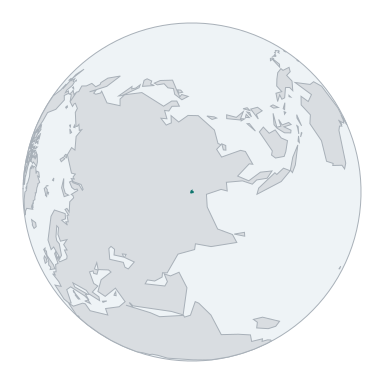 the Earth from above Lhuntshi, rotated 283°
{"feature_id": "BTN-2483", "entity_name": "Lhuntshi", "entity_type": "District", "adm_level": 1, "iso_a3": "BTN", "parent_name": "Bhutan", "parent_adm1": "", "projection": "orthographic", "projection_center": [91.057, 27.736], "detail": "fine", "context": "on_globe", "style": "filled", "palette": "teal", "viewbox_px": 384, "rotation_deg": 283, "n_neighbors": 0, "source": "natural_earth", "source_scale": "10m", "svg_char_len": 11111}
<svg xmlns="http://www.w3.org/2000/svg" viewBox="0 0 384 384"><g transform="rotate(283 192 192)"><circle cx="192" cy="192" r="169" fill="#eef3f6" stroke="#a8b0b8"/><path d="M256.9,36.0L255.2,35.7L261.8,41.2L269.0,45.2L263.5,42.9L280.5,52.6L287.4,59.2L276.5,50.5L272.9,48.8L276.0,52.3L273.1,51.4L272.8,52.7L269.0,51.5L263.0,47.0L260.4,46.3L262.7,48.9L260.4,49.6L257.3,45.8L252.9,46.9L241.9,40.7L236.9,33.4L227.7,30.7L214.2,25.5L212.3,25.7L205.9,24.5L201.4,24.4L200.2,23.9L197.6,24.3L199.5,24.8L199.1,25.3L196.6,25.4L194.6,24.7L195.5,24.5L193.7,24.4L193.7,24.0L192.3,24.3L190.2,23.7L188.5,24.6L183.7,24.4L183.4,23.9L188.3,23.6L197.0,23.1L209.3,23.9L221.5,25.6L233.5,28.2L245.3,31.7L256.9,36.0ZM176.8,23.7L177.2,23.7L171.6,24.3L164.9,25.2L164.7,25.3L176.8,23.7ZM157.8,26.5L157.5,26.6L156.7,26.8L157.8,26.5ZM261.7,38.1L260.7,37.7L261.7,38.1ZM274.8,48.5L272.8,46.7L275.8,48.9L274.8,48.5ZM273.5,53.2L275.0,54.1L274.3,54.4L273.5,53.2ZM180.1,23.5L178.7,23.6L178.9,23.6L180.1,23.5ZM182.5,23.3L183.9,23.2L185.3,23.2L184.4,23.2L182.5,23.3ZM267.7,52.9L266.1,53.5L266.7,52.1L267.7,52.9ZM180.5,23.5L187.4,23.1L189.7,23.1L188.3,23.4L180.5,23.5ZM264.4,53.3L260.4,55.1L263.4,57.1L252.6,52.9L259.6,52.5L259.9,50.4L261.8,52.3L264.4,53.3ZM201.3,25.0L199.0,24.4L203.2,24.8L201.3,25.0ZM204.0,25.2L217.5,26.6L219.5,27.8L214.6,26.9L219.1,28.7L213.5,28.5L209.7,27.5L209.5,26.7L207.5,27.3L204.0,25.2ZM247.3,50.6L245.4,50.5L246.2,49.8L247.3,50.6ZM199.2,25.5L201.7,25.6L203.7,26.5L198.9,26.7L199.8,26.3L199.2,25.5ZM223.0,29.4L223.6,30.3L219.2,30.4L218.9,30.8L213.5,28.6L223.0,29.4ZM198.1,26.1L196.5,26.8L193.3,26.5L196.8,25.6L198.1,26.1ZM206.2,26.8L206.9,27.4L204.9,27.1L206.2,26.8ZM181.0,26.5L184.0,26.2L185.3,26.6L181.0,26.5ZM196.1,27.0L197.2,27.1L198.0,27.3L196.3,27.7L196.1,27.0ZM210.8,28.9L208.8,28.9L212.7,29.8L209.6,30.1L206.6,28.7L206.6,29.5L205.6,29.6L204.2,28.4L210.8,28.9ZM197.1,28.9L192.2,27.6L186.3,27.9L185.0,27.4L194.7,27.1L197.1,28.9ZM201.4,28.6L198.4,28.6L198.3,27.9L200.3,27.5L201.4,28.6ZM208.6,31.0L214.2,30.8L214.6,31.2L208.6,31.0ZM195.4,29.0L196.6,29.4L195.0,29.1L195.4,29.0ZM204.5,30.4L206.5,30.3L206.9,30.7L204.5,30.4ZM197.5,30.3L195.9,29.8L197.2,29.4L197.5,30.3ZM200.7,30.5L200.9,31.1L198.6,29.6L201.5,30.3L200.7,30.5ZM204.7,30.8L205.6,31.0L203.8,30.9L204.7,30.8ZM193.6,32.3L190.3,30.5L193.1,29.6L195.9,31.3L193.6,32.3ZM45.5,107.8L55.9,96.8L54.1,102.2L59.1,110.5L59.0,113.2L53.4,119.4L53.2,137.6L59.0,134.0L63.8,146.8L70.1,151.5L81.1,139.0L70.8,130.9L73.9,122.7L86.1,123.2L95.8,131.1L97.3,128.2L95.3,118.0L101.7,115.1L95.1,114.2L94.7,118.1L90.5,117.9L90.6,114.5L92.9,113.4L91.1,110.1L80.8,116.8L79.2,121.4L72.1,117.4L68.9,124.9L65.4,126.4L69.6,114.3L72.4,111.1L76.7,96.4L73.1,99.2L68.8,113.5L68.3,111.3L63.4,116.0L66.7,110.7L72.3,95.1L68.7,91.9L56.7,99.2L56.1,97.1L58.9,91.4L70.5,79.5L70.6,85.7L74.8,82.3L81.0,74.6L80.5,77.3L83.0,75.2L83.7,77.5L90.7,75.4L92.3,77.5L101.0,72.0L103.0,72.5L97.3,75.5L94.2,78.9L98.8,85.0L101.5,84.7L106.8,80.8L107.4,83.3L111.9,78.8L117.5,80.9L114.5,74.9L120.6,70.9L127.2,70.0L128.7,67.8L117.9,69.5L114.1,71.2L111.7,74.3L100.9,79.1L98.0,78.2L107.3,69.6L104.2,67.7L112.8,62.5L136.6,60.1L143.5,62.0L142.4,73.3L137.4,74.8L135.2,71.3L131.7,78.1L134.6,75.8L135.1,78.1L141.1,75.5L141.8,77.0L146.4,72.2L147.9,73.8L144.9,76.8L155.0,75.1L159.7,78.0L161.7,76.9L162.5,74.9L167.8,80.3L169.0,79.4L167.8,77.2L169.3,73.9L174.2,70.4L175.8,72.4L174.3,73.9L173.4,80.6L169.0,84.8L170.2,85.3L174.4,82.2L175.4,74.0L177.9,71.4L178.2,75.0L178.3,73.5L180.0,72.8L183.2,74.3L183.3,70.3L200.3,62.2L208.2,64.7L206.5,68.5L220.0,66.6L227.9,70.5L226.7,68.3L232.4,66.6L230.0,65.3L229.8,64.2L243.3,60.4L247.7,61.5L252.2,58.4L251.5,57.4L248.5,56.3L252.6,52.9L263.4,57.1L264.3,59.0L270.5,60.8L271.6,65.2L275.3,70.0L272.9,74.5L276.1,78.3L278.1,78.6L284.0,84.4L288.9,96.1L275.8,85.2L266.6,69.6L269.6,75.6L266.2,74.0L265.6,76.2L267.9,80.7L269.9,81.3L259.7,89.1L259.9,102.5L266.4,101.0L271.6,104.5L277.6,120.8L269.2,145.0L276.1,151.8L277.2,156.7L272.8,160.4L271.0,153.2L265.7,151.2L265.3,146.9L257.7,151.1L256.9,145.1L251.4,151.8L254.7,156.3L261.7,154.4L257.2,163.3L265.7,170.9L267.8,180.9L257.4,199.9L245.1,206.4L244.6,209.6L239.1,206.4L232.7,213.0L243.5,229.9L243.5,234.9L232.7,245.0L232.3,241.4L217.8,232.9L215.7,244.8L226.7,254.2L230.5,265.2L222.3,262.1L218.3,252.3L213.2,249.0L214.2,238.7L209.2,223.3L200.9,226.1L201.1,219.8L193.0,206.6L180.8,210.2L161.7,225.3L159.7,241.0L152.9,247.0L143.1,222.9L142.3,207.0L136.5,207.5L128.3,192.3L107.6,186.0L106.7,181.4L102.4,182.0L96.9,175.7L96.3,168.3L92.0,167.0L94.3,186.7L99.1,188.2L105.9,183.4L105.4,189.9L110.9,197.4L97.6,208.6L70.3,211.0L71.0,198.8L67.8,160.0L69.8,156.9L69.9,156.5L70.1,155.7L66.3,160.4L66.9,153.1L65.0,178.6L63.2,188.5L69.9,211.6L68.4,212.8L71.6,218.2L85.9,219.8L85.2,223.6L76.4,238.1L59.6,252.6L63.8,269.0L65.9,281.1L59.8,283.7L64.8,293.7L62.2,293.9L65.0,299.0L65.5,302.0L64.7,302.8L61.3,299.0L53.0,288.1L45.7,276.5L39.3,264.3L32.9,248.7L30.7,239.9L28.7,230.7L24.6,205.5L25.2,195.9L25.0,189.7L24.1,187.5L24.3,180.1L24.1,177.9L24.0,173.8L26.1,160.0L29.3,146.4L33.7,133.1L39.1,120.2L45.5,107.8ZM46.1,108.2L44.5,110.8L46.1,108.2ZM102.7,147.2L110.8,151.5L113.1,140.9L116.4,141.8L116.0,138.1L113.2,140.1L113.1,130.2L118.8,129.4L120.8,125.3L118.2,123.7L107.9,127.0L108.0,140.9L103.6,143.6L102.7,147.2ZM96.5,62.6L94.7,64.8L91.5,66.5L89.5,65.1L94.2,62.6L96.5,62.6ZM92.9,67.8L102.7,60.4L104.3,61.4L101.7,62.0L101.8,63.4L97.7,64.9L89.7,73.5L86.3,75.6L84.5,71.2L87.0,71.3L88.6,68.8L92.9,67.8ZM124.7,43.9L129.0,41.9L127.0,46.5L123.2,48.0L121.0,46.3L124.1,43.7L124.7,43.9ZM176.6,24.6L178.4,24.3L178.9,24.4L177.9,24.7L176.6,24.6ZM182.3,26.3L169.5,26.3L170.9,25.9L161.8,27.0L161.8,26.4L167.7,25.5L160.9,26.2L166.2,25.2L161.2,25.9L174.4,24.2L178.9,23.7L173.9,24.4L173.7,24.9L175.0,25.0L182.1,25.0L191.7,24.7L193.1,25.6L191.6,26.3L189.4,26.5L189.2,25.8L186.5,26.6L184.6,25.8L182.3,26.3ZM172.2,39.9L172.8,38.0L167.1,41.4L165.1,39.8L164.6,40.3L161.2,39.9L156.1,40.4L156.0,39.5L154.1,40.1L151.8,40.0L149.1,40.6L147.9,39.3L144.5,40.1L145.8,39.1L140.4,40.8L143.9,39.0L141.3,39.0L139.3,40.7L138.9,34.6L136.1,34.1L131.9,34.9L138.4,32.3L146.5,30.2L154.5,29.2L156.2,30.3L158.9,29.2L160.5,29.5L157.7,30.2L163.0,29.3L163.6,29.8L170.6,30.2L177.8,29.1L180.6,29.4L178.1,30.2L182.6,30.0L179.7,31.7L181.6,32.1L180.8,34.3L174.8,35.9L177.4,36.2L176.9,38.2L172.2,39.9ZM193.1,32.9L186.5,34.6L182.1,34.7L185.5,30.8L184.1,30.2L186.1,28.2L192.4,28.2L191.2,28.7L191.6,29.3L189.5,29.0L191.4,29.7L189.9,30.5L191.0,31.3L188.5,31.6L193.1,32.9ZM61.8,112.0L62.2,113.5L63.5,114.9L60.4,118.1L61.8,112.0ZM65.4,101.3L66.2,101.9L62.5,106.7L62.1,105.4L65.4,101.3ZM69.8,98.3L66.5,101.5L68.0,99.0L69.8,98.3ZM98.4,75.9L99.6,76.5L98.5,77.5L96.4,78.5L98.4,75.9ZM154.9,51.4L156.0,49.8L157.1,49.8L162.1,47.2L163.9,48.4L161.7,50.5L154.9,51.4ZM77.6,140.1L73.9,141.4L73.8,139.3L75.0,139.3L77.6,140.1ZM65.4,129.3L66.7,133.5L64.5,130.1L65.4,129.3ZM157.8,52.3L159.6,51.0L159.4,52.4L157.8,52.3ZM165.6,49.3L165.9,50.7L164.7,48.3L165.6,49.3ZM149.9,352.4L153.2,353.6L150.6,353.2L149.9,352.4ZM85.9,288.9L85.7,306.4L80.0,303.8L76.0,297.1L74.1,285.6L79.8,285.0L81.7,280.5L85.9,288.9ZM270.0,285.4L274.5,285.2L274.3,285.8L270.0,285.4ZM265.3,283.9L270.6,283.2L264.3,285.5L265.3,283.9ZM272.6,283.0L277.9,280.7L280.3,279.2L279.8,280.6L272.6,283.0ZM261.7,284.5L241.6,286.6L233.5,285.5L235.5,282.9L248.6,282.4L261.7,284.5ZM234.8,282.9L222.3,276.6L204.4,255.8L210.8,256.1L229.4,268.4L228.2,270.7L235.8,275.8L234.8,282.9ZM264.7,266.8L263.5,273.5L252.5,274.3L247.4,273.8L243.9,265.7L245.9,261.2L250.1,261.0L265.7,244.1L271.3,246.9L266.6,254.0L271.2,259.1L264.7,266.8ZM160.5,242.6L164.5,252.2L160.8,253.3L160.5,242.6ZM271.6,232.5L265.6,240.1L270.9,230.3L271.6,232.5ZM274.5,223.4L275.1,226.8L272.3,223.9L274.5,223.4ZM244.9,214.4L240.4,215.6L240.1,213.1L245.6,210.2L244.9,214.4ZM269.4,189.4L270.2,196.8L269.6,199.4L267.2,195.2L269.4,189.4ZM176.4,64.0L167.4,65.9L162.2,68.8L161.2,72.5L158.7,68.5L166.8,64.0L176.4,64.0ZM197.2,62.0L198.0,59.3L200.2,60.3L200.3,61.0L197.2,62.0ZM195.8,60.6L192.1,57.8L194.2,56.1L196.8,58.6L195.8,60.6ZM174.6,54.2L171.8,54.6L172.1,53.4L174.6,54.2ZM292.3,327.7L295.2,324.8L299.4,322.0L295.1,325.7L292.3,327.7ZM285.1,321.3L254.7,335.3L248.8,335.5L251.8,332.1L249.5,323.2L251.6,323.1L252.2,316.2L271.1,306.6L285.1,291.5L293.8,290.0L301.4,278.8L309.8,276.7L306.3,284.9L313.8,286.5L321.9,267.8L323.4,282.9L326.8,285.7L324.2,294.5L306.9,315.1L299.8,321.0L299.8,320.4L296.5,323.0L293.3,324.3L294.2,320.6L290.9,323.1L295.3,318.5L289.9,323.2L289.4,320.9L285.1,321.3ZM343.7,265.0L344.1,264.6L343.9,265.9L343.2,266.9L343.7,265.0ZM349.8,251.0L349.7,251.6L349.4,252.4L349.8,251.0ZM349.7,251.0L350.4,248.9L349.9,250.6L349.7,251.0ZM348.6,245.7L349.1,244.3L349.2,244.8L348.6,245.7ZM281.1,283.9L287.6,277.7L290.9,276.6L281.1,283.9ZM348.2,244.4L347.1,245.4L347.3,244.3L348.2,244.4ZM348.6,242.1L348.6,240.9L348.9,243.3L348.6,242.1ZM346.6,241.1L347.8,242.2L346.4,241.6L346.6,241.1ZM345.7,242.2L344.6,242.1L344.7,241.6L345.7,242.2ZM331.0,253.3L335.3,258.5L331.3,260.6L326.9,258.0L322.6,264.5L313.4,267.4L315.8,263.6L314.8,259.6L304.6,261.1L302.6,258.7L306.4,255.6L299.4,255.1L307.1,251.6L310.0,256.9L314.3,250.7L321.2,249.3L327.6,248.7L332.2,250.9L331.0,253.3ZM306.7,265.1L308.0,264.7L306.7,266.9L306.7,265.1ZM342.5,240.4L344.1,242.1L343.8,243.0L343.0,243.1L342.5,240.4ZM333.4,249.3L338.6,241.5L339.8,240.9L336.2,248.5L333.4,249.3ZM337.6,238.9L339.8,238.3L340.8,240.4L340.3,241.5L337.6,238.9ZM291.0,263.7L290.7,265.5L288.6,264.7L291.0,263.7ZM293.7,262.1L299.9,262.4L293.1,263.7L293.7,262.1ZM274.2,260.1L276.1,263.8L282.2,260.1L277.6,264.7L281.5,270.6L280.0,273.4L276.2,266.9L274.5,274.6L271.8,274.9L270.5,268.8L273.3,260.5L276.0,256.8L286.9,253.3L274.2,260.1ZM293.8,257.1L292.1,252.7L293.3,249.2L295.1,251.3L293.8,257.1ZM286.9,242.1L282.1,237.3L278.0,240.2L286.0,230.6L289.3,236.8L286.9,242.1ZM282.4,230.3L278.6,233.0L282.3,227.5L282.4,230.3ZM277.4,231.2L276.7,227.3L279.9,227.3L277.4,231.2ZM284.4,230.1L284.6,223.0L286.5,226.8L284.4,230.1ZM274.7,218.4L281.9,223.9L273.0,222.6L271.3,209.3L275.0,208.4L274.7,218.4ZM287.1,160.4L285.4,156.8L288.4,155.2L288.7,158.1L287.1,160.4ZM296.6,147.9L288.7,153.6L282.0,158.7L284.7,160.0L284.3,166.8L279.6,161.4L283.3,153.2L288.6,150.7L288.1,145.1L291.2,140.5L288.6,134.1L289.6,130.8L293.5,136.0L296.6,147.9ZM287.3,131.4L283.8,120.0L290.0,120.2L292.2,122.8L291.1,127.8L287.9,127.4L287.3,131.4ZM284.8,117.4L281.7,117.0L270.1,101.9L269.1,98.9L281.3,109.8L278.9,110.1L280.7,113.9L284.8,117.4ZM246.7,51.6L245.6,50.6L247.5,51.2L246.7,51.6ZM228.4,63.5L228.5,62.1L230.7,62.6L228.4,63.5ZM230.0,58.6L227.4,59.0L229.5,57.7L230.0,58.6ZM221.7,60.1L226.1,58.7L222.9,61.3L221.7,60.1Z" fill="#d9dde1" stroke="#a8b0b8" stroke-width="1"/><path d="M191.2,191.1L191.3,191.1L191.5,191.1L191.8,191.3L192.0,191.3L192.2,191.2L192.3,191.1L192.5,191.0L192.9,191.2L193.0,191.3L192.9,191.3L192.7,191.4L192.7,191.5L192.7,191.8L192.6,192.0L192.7,192.3L192.7,192.5L192.5,192.8L192.3,193.0L192.2,192.9L191.9,193.0L191.7,192.9L191.8,192.9L191.8,192.7L191.7,192.7L191.7,192.4L191.7,192.2L191.5,191.9L191.4,191.8L191.4,191.7L191.2,191.5L191.1,191.4L191.2,191.2L191.2,191.1Z" fill="#14b8a6" stroke="#0f766e" stroke-width="1.5"/></g></svg>